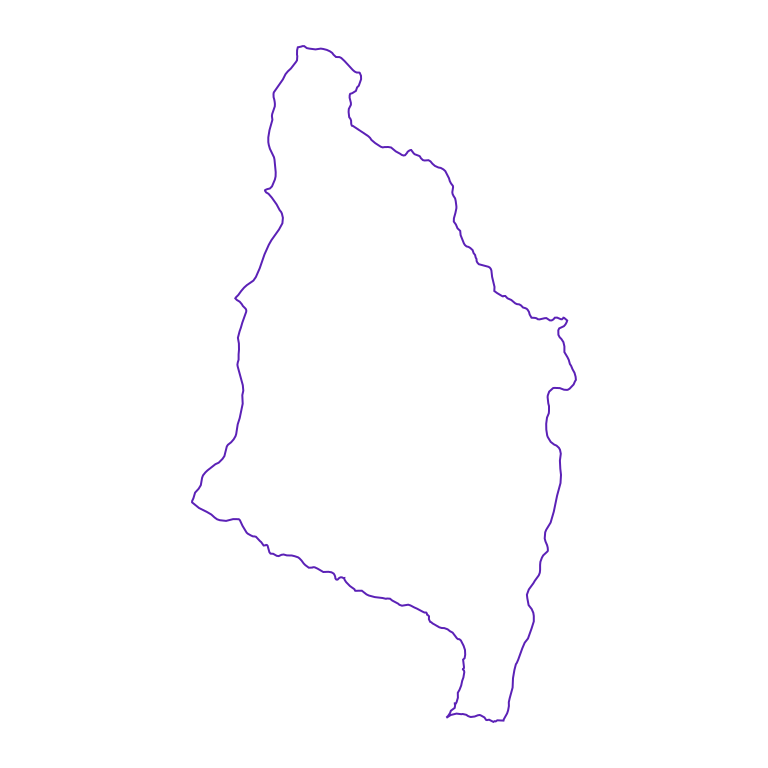 outline of Galán, Santander, Colombia
{"feature_id": "7082276B89750880052970", "entity_name": "Galán", "entity_type": "district", "adm_level": 2, "iso_a3": "COL", "parent_name": "Colombia", "parent_adm1": "Santander", "projection": "natural_earth1", "projection_center": [-73.323, 6.674], "detail": "fine", "context": "isolated", "style": "outline", "palette": "violet", "viewbox_px": 768, "rotation_deg": 0, "n_neighbors": 0, "source": "geoboundaries", "source_scale": "gbopen_adm2", "svg_char_len": 6083}
<svg xmlns="http://www.w3.org/2000/svg" viewBox="0 0 768 768"><path d="M567.2,320.5L564.2,317.9L563.4,317.7L563.0,318.4L561.9,319.3L560.8,319.2L557.1,317.6L554.8,317.7L553.4,319.4L551.7,320.4L549.9,320.4L546.4,318.1L544.7,318.2L539.5,319.4L537.7,319.2L536.6,318.3L534.9,317.9L531.5,317.7L529.7,314.6L529.0,312.0L527.8,310.0L526.7,308.8L525.2,308.1L523.0,307.5L521.0,305.4L519.3,304.4L516.9,304.1L515.2,303.3L511.3,300.0L507.5,298.3L505.3,296.0L503.7,296.0L503.0,296.4L502.0,296.0L497.0,293.0L494.3,291.0L494.5,286.9L492.1,276.8L491.4,270.5L490.8,268.9L489.8,267.6L488.5,266.8L478.8,264.2L477.3,262.5L476.6,261.0L476.5,259.0L475.7,257.6L475.1,255.0L473.6,253.1L472.6,250.1L470.3,248.0L468.5,246.9L466.5,246.4L464.9,245.0L463.9,243.4L460.6,235.1L460.2,230.9L457.5,228.3L455.9,224.5L453.8,221.6L453.9,218.4L455.4,213.0L456.4,208.2L456.4,206.4L455.7,201.0L455.1,198.4L453.5,195.9L452.6,194.0L452.3,192.2L453.1,187.1L452.9,185.9L451.0,183.4L449.8,181.1L449.0,178.3L445.3,171.1L443.4,169.4L440.7,167.9L438.4,167.5L434.9,165.9L432.4,163.7L430.5,161.4L428.5,160.2L424.6,160.5L422.9,160.1L420.9,158.2L419.9,156.4L419.1,155.9L414.6,154.2L413.5,153.1L411.2,150.0L410.3,150.1L409.1,150.7L407.6,151.8L407.1,152.8L405.1,155.2L403.6,155.5L401.7,154.9L400.2,153.8L395.8,151.4L391.1,147.5L388.2,147.0L384.4,147.1L382.7,147.4L380.7,146.7L375.2,143.1L371.4,139.9L370.1,137.9L368.3,136.2L353.0,126.0L352.0,125.8L351.5,124.9L351.2,123.7L351.1,120.6L350.4,118.8L349.2,117.2L348.6,112.0L348.8,109.0L350.9,104.8L350.9,102.9L349.6,97.7L349.7,95.2L350.2,93.8L352.2,93.2L355.9,90.9L357.1,87.4L358.8,85.7L361.1,79.2L361.0,75.8L359.7,72.8L359.4,72.6L356.6,72.5L354.7,71.6L352.8,70.0L344.6,61.1L341.3,58.0L339.5,57.1L336.0,57.0L333.5,54.7L332.2,52.9L329.9,51.3L326.8,49.9L323.3,49.0L320.8,48.6L315.5,49.4L309.3,48.6L306.8,48.1L304.2,46.1L302.5,46.1L301.2,46.6L297.8,47.3L297.1,50.2L297.0,54.7L297.3,56.1L297.0,60.3L296.1,61.8L290.9,68.5L287.8,71.4L285.5,74.2L282.9,79.4L273.8,92.4L273.5,94.0L273.6,97.2L274.3,99.7L274.7,102.0L274.9,104.0L274.8,106.4L272.2,114.0L271.9,116.0L272.4,119.8L269.5,130.1L268.3,137.4L268.3,142.1L268.8,145.0L269.9,148.8L274.0,157.3L274.5,159.7L275.7,172.2L275.6,176.4L274.9,179.5L272.0,186.4L269.9,188.5L267.3,189.1L265.2,190.0L265.0,190.7L266.1,192.4L268.5,193.8L271.8,197.6L276.6,204.4L279.7,210.2L281.1,211.9L281.9,213.6L282.9,217.8L282.4,223.3L279.0,229.5L271.4,240.2L268.8,244.8L264.5,254.4L259.7,268.3L255.9,277.0L253.4,280.6L246.9,285.1L244.1,287.6L241.2,291.0L238.3,295.0L235.7,297.6L235.3,298.4L236.9,300.0L239.7,301.7L241.9,304.3L242.8,305.9L245.5,308.6L246.0,309.4L246.3,310.5L246.2,311.8L242.3,322.7L240.9,327.6L239.6,331.3L237.9,337.8L238.9,343.5L239.0,349.7L238.6,354.4L238.6,359.7L237.8,362.3L237.4,364.7L237.7,366.5L242.8,385.2L243.3,390.7L242.3,395.2L242.7,403.7L239.7,418.1L237.7,424.4L236.2,434.0L235.5,436.2L233.7,439.3L231.1,442.3L227.9,444.8L226.8,446.5L224.4,456.1L222.5,458.9L218.7,462.7L215.4,464.2L207.5,470.4L205.4,472.4L203.0,475.4L202.1,477.8L200.8,485.2L198.6,488.8L195.1,492.6L193.4,498.3L192.1,501.1L192.1,502.4L199.0,508.0L207.0,512.0L211.3,514.5L214.6,517.5L217.1,519.3L219.8,520.2L226.1,520.9L233.2,519.1L238.8,519.2L239.9,520.2L242.5,525.8L246.6,532.6L247.8,533.7L251.2,535.6L253.0,536.4L254.4,536.4L256.0,536.8L260.0,541.1L261.2,542.1L263.6,545.5L265.4,545.3L266.1,544.9L267.0,545.1L267.6,545.8L269.4,552.2L270.5,553.6L273.2,553.8L276.7,555.8L278.7,556.1L281.5,554.8L283.6,554.5L286.9,555.4L291.8,555.5L294.7,556.2L298.0,557.3L299.5,558.4L301.5,560.5L303.7,563.5L305.3,565.1L308.8,567.7L312.2,567.6L313.1,567.2L314.7,567.3L317.5,568.6L323.3,572.0L328.4,571.8L331.5,572.3L333.7,573.6L334.7,575.3L335.2,576.8L335.4,578.4L336.1,579.4L337.0,579.7L337.7,579.5L339.3,577.9L340.6,577.3L341.8,577.3L343.5,578.1L344.3,578.0L344.2,578.7L344.8,580.1L346.2,582.2L350.0,586.1L354.5,589.3L355.0,590.6L355.5,590.8L361.8,590.7L366.5,594.4L368.8,595.5L374.8,597.1L382.5,598.0L386.0,598.8L387.0,598.5L390.0,598.7L392.2,600.5L398.2,603.7L399.4,604.8L402.0,605.7L408.2,604.7L410.4,605.4L414.4,607.5L416.9,608.6L422.7,611.7L424.4,612.5L426.1,612.5L426.8,613.3L427.1,614.7L427.9,615.1L429.0,616.3L428.9,619.2L430.2,621.9L431.4,622.3L432.4,623.3L439.3,627.3L441.7,628.0L444.3,628.1L447.6,629.3L450.0,631.2L452.6,632.6L456.9,638.3L458.0,639.1L459.0,639.1L459.9,639.6L460.9,640.5L463.6,645.8L465.0,650.0L465.2,654.7L464.6,658.2L463.1,659.6L464.0,667.3L463.8,668.3L463.0,668.9L462.9,669.4L464.0,670.6L464.3,672.1L463.4,677.5L462.2,680.8L461.2,685.5L459.5,689.8L457.8,692.8L457.9,697.7L456.6,702.1L456.0,703.3L454.8,703.3L454.8,704.1L455.2,704.7L454.7,707.9L450.9,710.7L450.0,713.1L448.2,715.8L447.0,717.0L447.2,717.3L450.7,715.0L456.5,713.6L461.3,714.2L462.7,714.0L465.4,714.6L466.5,714.9L467.6,715.8L469.4,716.6L470.8,717.0L474.7,716.5L477.8,715.3L479.6,715.0L480.6,715.3L484.4,717.4L486.1,719.9L487.0,720.1L489.1,719.7L493.4,721.9L494.5,721.2L495.7,721.4L497.3,720.3L503.5,720.6L503.8,719.3L507.1,713.4L508.1,710.4L508.9,706.0L508.8,702.2L509.7,698.2L512.6,687.6L513.0,678.2L514.4,670.0L515.9,664.2L516.8,662.9L518.2,659.7L522.3,648.3L524.7,642.7L528.0,638.5L531.6,628.4L533.8,621.4L533.8,616.0L533.3,612.8L531.7,609.1L528.6,605.1L527.3,598.1L526.9,594.7L528.8,589.5L533.4,583.2L534.8,580.8L538.8,575.3L539.8,572.7L540.1,570.0L540.1,564.9L540.4,561.8L541.9,557.7L543.2,555.4L547.6,551.3L547.9,550.2L547.7,547.6L547.1,545.2L545.5,541.5L544.7,538.5L545.2,532.3L546.2,529.8L550.6,522.6L553.8,511.6L557.1,495.6L560.5,483.1L561.0,474.9L560.3,468.7L559.9,460.6L560.8,453.7L560.0,449.8L558.9,447.8L556.5,445.6L554.2,444.6L550.7,441.9L547.8,437.1L547.2,435.5L546.3,429.6L546.2,423.8L547.0,417.6L548.8,413.3L549.0,411.0L549.0,406.1L548.3,403.4L547.6,397.1L547.8,395.4L549.2,391.6L553.1,388.1L554.2,387.9L559.8,388.1L564.0,389.7L567.0,389.9L567.9,389.7L569.6,388.7L573.6,384.5L575.0,381.3L575.9,379.9L575.6,376.7L574.5,372.8L572.5,369.2L571.1,365.8L569.9,364.0L568.8,360.0L567.5,357.3L564.4,352.1L564.4,346.4L563.4,342.1L561.3,338.9L559.7,337.3L558.4,334.8L558.3,330.3L559.2,328.4L563.9,326.2L565.4,324.5L566.6,322.3L567.2,320.5Z" fill="none" stroke="#5b21b6" stroke-width="2"/></svg>